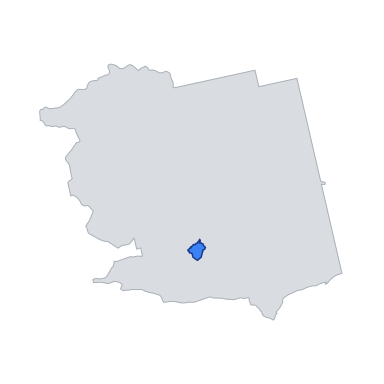 location of Sharg Al Jazirah, Gezira, Sudan, rotated 77°
{"feature_id": "16777658B60089924012173", "entity_name": "Sharg Al Jazirah", "entity_type": "district", "adm_level": 2, "iso_a3": "SDN", "parent_name": "Sudan", "parent_adm1": "Gezira", "projection": "robinson", "projection_center": [33.472, 15.011], "detail": "fine", "context": "in_parent", "style": "filled", "palette": "blue", "viewbox_px": 384, "rotation_deg": 77, "n_neighbors": 0, "source": "geoboundaries", "source_scale": "gbopen_adm2", "svg_char_len": 5158}
<svg xmlns="http://www.w3.org/2000/svg" viewBox="0 0 384 384"><g transform="rotate(77 192 192)"><path d="M258.3,308.3L255.1,308.3L254.7,307.5L254.8,305.1L255.1,303.3L256.3,300.5L256.0,299.0L256.2,296.8L255.3,294.3L247.7,287.1L246.2,285.1L242.0,283.3L242.8,281.3L241.1,266.6L241.9,264.9L242.1,262.3L242.1,260.0L243.1,256.3L243.2,254.7L235.1,254.5L235.0,256.2L235.3,258.0L235.3,258.7L224.0,258.8L228.5,264.5L228.7,267.1L228.5,270.2L228.5,272.2L228.8,273.5L230.0,276.1L229.9,276.6L229.6,277.2L221.5,284.9L220.2,288.5L219.1,290.4L216.8,293.5L209.4,301.7L208.2,302.3L202.6,302.6L202.0,302.8L201.6,303.2L201.3,303.1L196.5,298.2L188.5,292.4L183.1,295.5L181.7,296.6L181.6,299.4L180.8,300.8L179.4,302.3L175.4,303.3L173.4,304.2L170.9,305.7L168.5,308.4L168.3,309.7L168.6,311.0L155.0,310.9L154.1,309.9L152.1,305.6L150.7,305.9L138.3,305.4L136.5,305.8L133.0,307.6L131.2,307.9L129.3,307.1L122.8,298.5L121.4,297.5L119.9,295.4L118.6,294.5L118.1,293.9L117.9,293.0L118.0,291.1L117.5,289.9L116.5,289.6L107.7,291.6L106.5,291.4L104.6,291.8L104.0,292.1L103.2,293.2L103.1,295.6L102.9,296.8L102.2,298.1L99.7,301.0L99.1,302.2L99.2,305.4L99.0,307.0L98.6,307.8L97.5,309.0L97.1,309.7L96.7,313.8L95.3,316.3L95.0,317.2L94.9,319.0L94.7,319.5L90.7,320.9L89.2,321.8L88.3,323.2L88.1,323.8L86.4,323.3L84.2,323.0L80.0,322.5L78.4,321.9L77.6,320.9L77.9,318.4L77.5,317.9L76.8,317.4L76.4,316.4L76.5,315.1L78.7,312.2L79.1,310.7L79.8,303.5L79.6,301.3L77.9,297.2L74.0,290.3L73.0,288.9L68.1,283.2L67.5,282.3L66.3,279.9L67.7,274.6L67.8,273.2L67.5,271.6L66.2,270.5L65.1,270.4L63.7,269.0L62.7,268.3L61.9,267.1L61.3,265.3L61.8,259.1L61.5,258.2L60.2,258.0L59.9,257.6L60.0,256.4L59.3,252.8L58.6,249.9L59.0,248.2L58.0,246.0L56.0,245.1L52.0,245.8L50.8,245.7L49.9,245.3L49.3,244.4L49.0,243.5L49.3,242.0L50.5,239.4L51.9,237.2L54.8,235.2L55.6,234.2L56.0,233.0L56.1,231.6L55.9,230.2L55.6,228.9L54.8,227.2L54.0,225.2L54.0,223.8L54.4,222.8L55.2,221.7L58.1,219.4L61.0,217.4L61.5,216.8L61.3,216.0L60.0,214.4L59.6,211.3L58.9,209.2L60.4,207.6L61.5,207.0L63.2,206.5L63.9,205.9L64.1,204.6L64.0,203.3L64.6,202.4L65.5,200.5L66.2,199.6L68.4,197.3L68.9,195.8L69.1,194.4L68.5,190.1L69.8,188.3L71.5,186.8L73.9,186.9L77.5,186.5L80.0,185.9L81.8,185.9L85.8,186.8L86.2,186.4L86.5,185.3L87.5,103.2L104.2,103.2L104.4,103.0L104.9,64.2L209.8,64.2L210.7,64.1L212.3,60.4L213.0,60.2L214.1,60.4L214.5,61.2L213.6,64.2L305.1,64.2L305.3,68.6L306.1,72.2L308.7,77.2L310.9,80.0L311.7,81.5L311.8,82.2L311.7,82.8L311.0,82.1L309.9,81.6L309.8,84.0L310.3,88.8L311.3,92.2L310.6,95.4L310.7,100.7L312.0,107.1L311.7,111.2L313.7,120.8L315.6,126.1L316.6,127.4L317.8,128.1L320.0,128.5L323.2,131.2L325.8,134.0L326.8,135.5L328.0,137.2L328.9,136.9L329.4,136.4L330.3,137.8L334.4,140.6L335.0,141.9L333.5,143.2L331.8,145.5L331.0,147.5L330.6,148.2L329.2,149.5L329.0,150.1L328.4,150.5L327.8,150.5L326.4,151.2L325.1,151.0L323.9,151.4L323.4,151.9L322.4,152.3L321.0,152.6L318.9,154.3L317.0,155.2L316.4,155.9L315.5,159.4L314.8,160.3L312.0,160.4L310.7,160.7L308.8,160.3L307.9,160.4L307.7,161.1L307.4,164.1L307.4,165.4L305.9,168.8L306.4,175.2L304.9,180.0L304.7,181.1L303.2,184.9L302.4,186.3L300.5,193.4L299.8,195.6L298.2,197.9L299.9,214.9L298.6,220.2L298.6,223.0L297.7,227.2L296.9,229.2L295.7,231.5L294.6,234.1L293.8,237.6L293.2,244.1L292.9,244.7L288.0,245.5L286.4,246.0L285.4,246.7L284.2,248.4L281.7,253.0L280.4,255.9L278.3,259.7L275.9,262.5L275.4,263.8L275.0,266.3L274.1,270.2L273.3,273.0L273.5,275.2L272.7,279.1L272.9,281.0L272.0,282.0L270.9,283.0L270.1,283.3L266.7,280.7L264.3,282.5L262.8,285.0L261.6,287.5L262.3,292.9L262.2,294.1L261.9,295.4L259.6,300.7L259.0,303.1L258.3,307.3L258.3,308.3Z" fill="#d9dde1" stroke="#a8b0b8" stroke-width="1"/><path d="M249.5,191.6L248.9,191.4L248.1,191.9L247.0,192.6L246.3,193.0L246.1,193.0L245.1,192.9L244.4,194.2L243.5,194.7L243.5,195.0L243.5,196.0L243.4,196.2L243.2,196.2L242.7,196.3L242.4,196.1L241.8,195.0L241.1,194.8L240.9,194.9L240.5,194.9L240.2,195.1L240.4,195.2L240.4,195.6L240.5,195.6L240.5,195.8L241.1,196.2L241.2,196.3L241.5,196.5L241.6,196.8L241.7,197.0L242.0,197.5L242.2,197.8L242.3,198.0L242.6,198.2L242.9,198.3L243.0,198.5L243.1,198.8L243.0,199.5L243.2,199.9L243.9,200.4L244.0,200.5L243.7,201.4L243.6,201.6L243.5,202.1L243.8,202.6L243.9,202.9L244.0,203.2L244.4,203.4L244.6,203.7L244.8,204.2L244.9,204.4L245.1,204.6L245.3,204.8L245.3,205.1L245.2,205.5L245.3,205.7L245.5,205.6L245.7,205.2L246.0,205.3L246.2,205.5L246.2,206.6L246.8,207.3L246.9,207.6L246.9,207.8L247.1,208.0L247.3,208.4L247.4,208.5L247.6,208.7L247.7,209.1L248.0,209.0L248.3,208.9L248.5,208.9L249.0,208.8L249.0,208.2L249.8,208.1L250.7,208.1L250.8,207.6L250.9,207.4L251.1,207.4L251.2,207.1L251.3,206.7L251.5,206.4L251.8,206.1L251.7,205.9L251.8,205.8L252.3,205.9L252.8,205.6L253.0,205.8L255.8,205.7L257.1,204.5L258.3,203.5L259.8,202.0L259.6,201.5L259.3,201.0L259.1,200.6L258.7,199.9L258.5,199.4L257.9,198.3L257.7,197.9L257.6,197.7L256.8,197.3L255.5,196.6L255.1,196.4L254.0,195.9L253.4,195.6L253.0,195.4L252.8,195.2L252.4,194.8L252.3,194.7L252.0,194.7L251.5,194.7L251.1,194.7L250.9,194.6L250.9,194.4L250.9,193.9L250.8,193.3L250.6,192.7L250.4,192.4L250.3,192.2L250.2,192.2L249.7,191.9L249.5,191.6Z" fill="#3b82f6" stroke="#1e3a8a" stroke-width="1.5"/></g></svg>